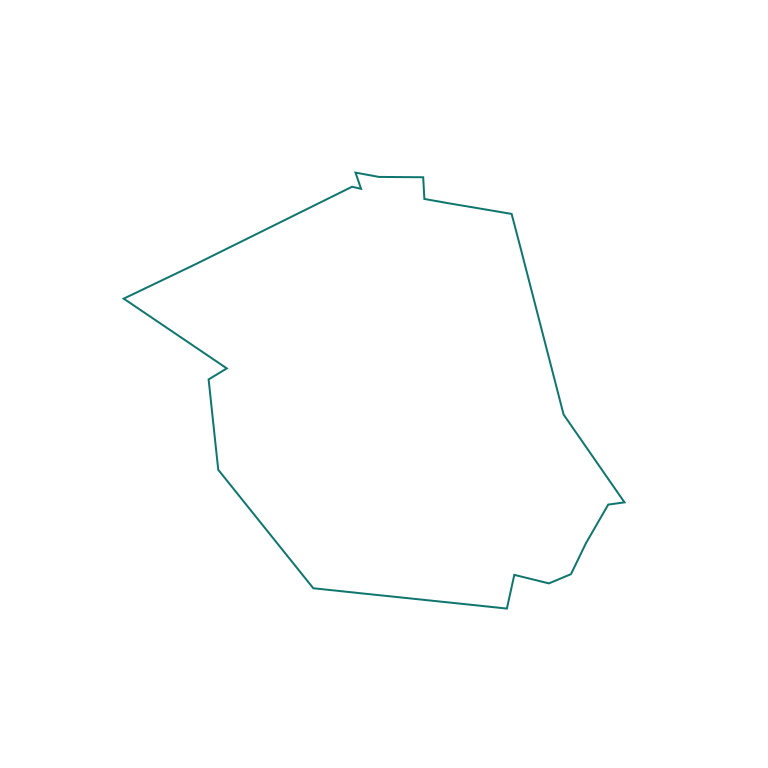 Webster, West Virginia, United States of America, rotated 121°
{"feature_id": "52423323B92436746543107", "entity_name": "Webster", "entity_type": "district", "adm_level": 2, "iso_a3": "USA", "parent_name": "United States of America", "parent_adm1": "West Virginia", "projection": "robinson", "projection_center": [-80.456, 38.483], "detail": "fine", "context": "isolated", "style": "outline", "palette": "teal", "viewbox_px": 768, "rotation_deg": 121, "n_neighbors": 0, "source": "geoboundaries", "source_scale": "gbopen_adm2", "svg_char_len": 466}
<svg xmlns="http://www.w3.org/2000/svg" viewBox="0 0 768 768"><g transform="rotate(121 384 384)"><path d="M379.4,607.9L444.9,651.1L451.6,526.8L470.4,536.7L542.9,481.9L595.5,339.4L573.8,292.8L513.2,163.0L480.5,174.0L470.0,140.0L450.7,125.8L416.5,128.9L371.9,129.7L361.6,116.9L317.7,214.3L196.0,338.1L172.5,362.2L196.2,422.7L204.6,444.7L186.6,456.9L209.1,495.0L217.5,517.3L228.5,504.2L231.4,513.0L379.4,607.9Z" fill="none" stroke="#0f766e" stroke-width="2"/></g></svg>